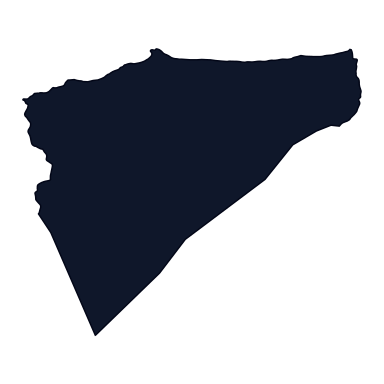 Santa Fe, Colón, Honduras (Natural Earth projection)
{"feature_id": "27666195B82036397342560", "entity_name": "Santa Fe", "entity_type": "district", "adm_level": 2, "iso_a3": "HND", "parent_name": "Honduras", "parent_adm1": "Colón", "projection": "natural_earth1", "projection_center": [-86.12, 15.827], "detail": "fine", "context": "isolated", "style": "filled", "palette": "ink", "viewbox_px": 384, "rotation_deg": 0, "n_neighbors": 0, "source": "geoboundaries", "source_scale": "gbopen_adm2", "svg_char_len": 5540}
<svg xmlns="http://www.w3.org/2000/svg" viewBox="0 0 384 384"><path d="M351.2,49.8L350.8,49.8L350.0,49.4L349.4,50.0L348.9,50.5L348.1,51.1L347.6,51.3L345.4,51.8L342.6,52.6L340.3,53.0L337.0,53.8L335.4,54.2L334.2,54.7L333.8,54.8L331.7,55.1L326.6,55.5L324.8,55.8L322.9,56.3L321.5,56.5L320.1,56.6L315.7,56.6L313.7,56.6L313.0,56.6L311.6,56.5L308.1,56.4L305.8,56.3L303.0,55.9L301.0,55.6L300.8,55.6L299.8,55.9L297.7,56.6L295.3,57.1L293.6,57.6L292.9,57.9L292.1,58.5L291.5,58.7L290.3,59.0L288.3,59.3L287.1,59.4L285.5,59.3L283.2,59.2L282.4,59.2L280.4,59.5L277.9,60.0L275.6,60.3L273.7,60.4L272.4,60.3L271.8,60.3L271.1,60.3L269.9,60.5L268.7,60.7L266.9,61.2L265.7,61.4L264.6,61.5L262.8,61.5L260.6,61.3L258.8,61.3L257.2,61.4L254.5,61.8L252.4,62.0L251.5,62.0L249.2,61.9L246.9,61.9L246.5,62.0L245.5,62.2L244.2,62.3L243.5,62.2L242.1,62.1L239.5,61.6L237.5,61.4L232.8,61.3L229.3,61.2L228.5,61.3L227.4,61.5L226.9,61.5L225.2,61.4L222.4,61.2L215.7,60.6L210.7,59.9L208.4,59.8L201.8,59.5L197.1,59.8L190.1,59.8L181.4,59.2L180.3,59.2L179.2,59.2L178.0,59.0L176.4,58.8L175.1,58.7L174.0,58.5L173.2,58.3L172.4,58.0L171.7,57.8L171.0,57.4L170.2,56.9L169.5,56.4L168.7,55.9L168.2,55.6L166.6,54.8L164.9,54.2L164.2,53.8L163.7,53.5L163.4,53.3L161.4,51.2L159.6,49.9L158.8,49.5L157.1,49.0L156.7,48.9L156.1,49.0L155.3,49.8L154.9,50.0L154.6,50.2L154.3,50.2L154.0,50.2L152.6,49.8L152.2,49.8L151.3,49.9L151.0,50.1L150.8,50.2L150.6,50.4L150.5,50.7L150.5,51.0L150.5,51.3L151.0,51.9L151.6,52.8L151.8,53.2L151.9,53.4L151.9,54.1L151.8,54.7L151.6,55.3L151.3,55.9L151.0,56.3L150.7,56.7L148.4,58.8L148.1,59.0L147.4,59.4L146.8,59.7L145.4,60.6L144.6,61.1L143.4,61.6L141.8,62.2L140.1,62.7L138.8,63.0L135.1,63.7L134.2,63.8L133.4,63.8L131.8,63.5L130.5,63.4L128.0,63.9L126.8,64.3L125.5,64.8L124.5,65.0L124.3,65.2L123.9,65.6L123.5,66.0L123.1,66.6L120.9,67.4L120.6,67.5L119.9,68.1L119.3,68.9L119.0,69.2L118.5,69.5L118.1,69.7L114.6,70.9L112.5,71.8L111.6,72.4L110.9,72.8L110.3,73.2L109.8,73.7L109.4,74.0L109.0,74.1L108.2,74.3L107.5,74.7L106.1,75.7L104.8,76.9L104.1,77.4L101.6,78.6L98.4,79.8L97.7,80.0L93.1,80.5L88.7,81.6L88.1,81.7L87.6,81.8L85.9,81.7L83.1,81.6L82.8,81.5L82.3,81.3L81.9,81.1L80.9,80.9L79.9,80.9L76.9,80.4L75.2,79.9L74.6,79.7L74.1,79.6L73.1,79.7L71.1,79.9L69.7,80.0L68.6,80.0L68.3,80.1L67.9,80.2L67.4,80.5L67.2,80.8L66.7,81.5L66.0,82.1L65.6,82.6L65.2,83.3L64.9,84.0L64.7,84.4L64.4,84.9L64.2,85.2L63.7,85.6L63.0,86.0L61.7,86.4L60.5,86.7L59.0,87.0L58.2,87.2L57.1,87.7L56.6,87.8L55.8,87.9L55.0,87.9L54.4,87.9L53.8,87.7L53.5,87.7L53.2,87.7L52.9,87.8L52.7,87.9L52.4,88.1L50.7,89.9L49.7,90.9L49.0,91.5L48.6,91.8L47.8,92.2L46.9,92.6L46.3,92.8L45.6,92.9L42.9,93.0L42.6,92.9L42.1,92.8L41.8,92.8L40.2,92.8L39.7,92.9L39.3,93.1L39.1,93.2L37.6,93.2L34.6,93.5L34.2,93.7L34.0,94.0L33.7,94.4L33.0,95.1L32.4,95.6L31.8,96.0L31.5,96.1L31.0,96.3L30.4,96.6L29.3,97.6L28.9,98.2L28.5,98.4L28.0,98.8L27.5,99.0L26.9,99.1L26.5,99.1L23.9,99.0L23.5,99.0L23.2,99.2L23.1,99.4L23.0,99.5L23.2,99.8L23.2,100.1L23.6,100.2L24.0,100.3L24.3,100.5L24.5,100.7L25.2,101.6L25.5,102.5L25.9,103.3L26.2,103.5L26.7,103.8L27.4,104.1L27.7,104.4L28.0,104.7L28.1,105.2L28.2,105.6L28.1,105.9L27.6,108.1L27.0,109.3L25.8,111.4L25.1,112.8L24.9,113.3L24.8,113.8L24.7,114.1L24.7,114.4L24.8,114.8L24.9,115.2L25.3,116.1L25.6,116.5L26.3,117.0L27.0,117.9L28.4,120.0L29.3,121.2L30.2,122.3L30.4,122.7L30.5,123.0L30.6,123.5L30.7,124.4L30.4,126.5L29.6,128.1L28.9,129.1L28.4,130.0L28.3,130.3L28.2,130.7L28.1,131.1L28.1,131.6L28.2,132.2L28.5,132.9L29.7,135.2L30.0,135.9L30.2,136.6L30.5,137.7L31.1,141.0L31.6,143.0L32.0,144.1L32.3,144.5L32.7,145.0L33.3,145.4L33.9,145.8L34.6,146.1L35.4,146.3L35.6,146.3L36.1,146.2L36.3,146.3L36.6,146.5L36.9,146.9L37.2,147.1L40.4,148.7L41.5,149.0L42.4,149.1L42.7,149.2L42.9,149.4L43.2,149.9L44.3,151.8L46.1,153.9L46.3,154.3L46.5,154.8L46.7,155.3L46.7,155.7L46.8,156.2L46.7,156.7L46.6,157.6L46.4,158.5L46.3,159.2L46.4,159.7L46.6,160.1L46.8,160.4L47.0,160.6L49.0,161.9L50.3,162.8L51.7,163.7L51.9,164.0L52.2,164.3L52.3,164.7L52.4,165.1L52.4,165.9L52.3,166.8L51.8,169.3L51.5,170.6L51.1,172.7L50.7,174.5L50.5,175.3L50.4,176.7L50.4,178.1L50.4,178.7L50.6,179.3L49.7,180.4L47.9,180.8L46.3,181.1L44.9,181.4L43.6,181.8L41.5,182.6L39.0,184.0L37.8,185.0L37.4,186.1L37.4,187.1L37.3,188.2L37.5,189.6L37.3,190.7L36.9,191.4L36.2,191.8L35.5,192.2L35.0,193.1L35.1,193.8L35.6,196.2L35.8,198.9L35.9,199.7L36.7,200.8L38.5,202.9L40.3,204.8L40.7,206.1L40.7,207.4L39.8,210.4L39.3,212.6L38.5,213.9L50.8,232.5L95.3,335.2L95.7,335.0L159.6,273.0L185.3,239.3L265.0,179.4L292.8,144.8L316.4,131.0L331.0,125.2L339.3,126.1L341.1,124.0L342.6,122.8L345.1,121.8L347.1,121.1L349.3,119.8L350.0,119.0L350.5,118.2L350.9,117.6L352.1,116.5L353.3,115.3L354.1,114.6L355.7,112.7L356.4,111.8L356.8,111.1L357.0,110.5L357.3,109.5L357.6,108.6L359.5,104.3L359.6,104.0L359.7,103.4L359.7,102.9L359.6,102.4L359.4,101.8L358.7,100.3L358.7,99.7L358.7,99.2L358.8,98.9L359.0,98.6L359.3,98.3L359.7,98.0L360.0,97.8L360.4,97.4L360.5,97.1L360.6,96.5L360.5,95.4L360.5,94.7L360.6,93.7L360.9,92.4L361.0,91.8L361.0,91.2L360.9,90.6L360.7,90.0L360.3,88.7L359.7,87.0L359.4,85.5L359.2,84.0L359.2,82.4L359.1,81.1L359.0,80.3L358.8,79.7L358.6,79.2L358.3,78.6L358.0,78.2L357.2,77.5L356.6,76.6L356.4,76.2L356.2,75.8L356.1,75.0L356.0,74.4L356.1,73.4L355.9,72.0L355.9,71.0L356.4,68.3L356.6,66.6L356.6,66.2L356.3,65.0L356.2,64.5L356.2,64.1L356.4,63.4L357.1,61.0L357.2,60.4L357.2,60.0L357.1,59.7L356.9,59.5L356.7,59.3L356.6,59.2L353.7,58.9L353.2,58.7L352.8,58.4L352.7,58.1L352.7,57.8L352.4,53.8L352.2,53.0L352.1,52.2L351.7,51.0L351.2,49.8Z" fill="#0f172a" stroke="#020617" stroke-width="1.5"/></svg>